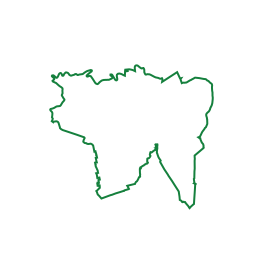 Mosquera, Cundinamarca, Colombia (orthographic projection), rotated 203°
{"feature_id": "7082276B63365049346428", "entity_name": "Mosquera", "entity_type": "district", "adm_level": 2, "iso_a3": "COL", "parent_name": "Colombia", "parent_adm1": "Cundinamarca", "projection": "orthographic", "projection_center": [-74.234, 4.678], "detail": "fine", "context": "isolated", "style": "outline", "palette": "green", "viewbox_px": 256, "rotation_deg": 203, "n_neighbors": 0, "source": "geoboundaries", "source_scale": "gbopen_adm2", "svg_char_len": 5672}
<svg xmlns="http://www.w3.org/2000/svg" viewBox="0 0 256 256"><g transform="rotate(203 128 128)"><path d="M40.0,78.3L39.4,80.2L38.2,82.7L38.2,82.8L37.6,83.8L44.0,102.1L43.8,102.9L44.1,103.0L44.5,102.8L44.6,103.0L45.7,102.9L45.5,103.5L47.5,106.9L47.3,107.6L49.9,114.1L50.7,116.6L53.8,123.7L54.5,125.8L55.3,127.3L55.9,128.7L50.9,138.6L50.6,139.4L51.1,139.9L51.4,141.0L52.4,142.4L52.7,142.6L54.5,143.5L54.8,143.9L55.3,144.3L56.1,145.1L57.0,145.9L57.4,146.8L57.7,146.9L58.4,146.7L58.8,146.7L59.6,146.9L58.8,147.7L58.6,148.1L58.4,148.6L58.3,149.5L58.2,152.5L58.1,153.6L57.3,156.8L57.2,158.0L56.6,159.2L56.6,160.0L56.6,162.6L56.8,163.2L58.5,166.9L58.9,167.2L59.1,167.9L60.6,169.7L61.1,170.5L61.3,171.2L61.3,171.7L61.1,172.5L60.6,173.8L60.2,174.4L59.9,175.6L59.8,177.1L60.0,178.4L59.8,181.5L60.1,183.8L61.3,187.7L61.9,189.2L62.9,190.9L64.1,193.7L65.1,195.2L66.3,197.6L66.7,198.5L67.2,200.1L67.9,201.1L68.5,201.4L70.5,201.9L72.0,202.6L72.3,202.7L73.7,202.7L74.9,203.2L75.6,203.3L77.6,202.7L81.8,201.8L85.8,200.6L86.2,200.3L87.0,199.1L88.1,197.8L88.7,196.9L89.4,196.2L89.6,196.0L91.6,193.2L92.0,192.7L93.8,191.7L94.9,191.3L95.6,190.7L96.0,190.3L98.5,193.1L98.7,193.6L98.5,194.6L99.3,194.0L99.5,194.0L104.6,198.6L114.6,183.8L115.1,185.9L115.6,186.6L116.2,187.1L116.9,186.3L117.7,185.9L119.8,185.9L122.3,185.4L123.5,185.4L127.9,185.8L129.1,185.8L131.2,185.1L132.3,184.2L132.8,184.1L133.5,184.5L134.7,185.6L135.8,188.0L136.5,188.8L136.8,189.0L137.2,189.1L137.3,189.2L137.7,189.0L138.4,188.3L139.0,188.1L140.7,188.4L143.4,189.2L143.8,189.2L144.6,189.0L145.2,188.6L145.6,188.0L145.6,186.8L145.2,185.8L143.7,183.1L146.3,183.2L148.2,182.9L149.8,182.5L151.3,181.7L153.3,180.6L153.1,179.9L150.9,181.2L150.5,180.3L152.8,178.9L151.3,174.9L152.9,174.9L154.6,175.1L156.1,175.0L157.4,174.7L157.8,174.4L158.3,174.1L158.6,173.7L158.8,173.2L159.0,172.7L158.9,172.2L158.6,171.4L157.0,168.9L156.8,168.2L157.0,167.6L157.3,167.3L157.8,167.2L158.4,167.3L158.8,167.5L163.4,170.8L164.0,170.9L165.0,170.4L164.9,170.0L164.7,169.6L162.7,169.1L162.4,168.9L162.1,168.4L162.0,167.9L162.3,167.2L164.3,165.0L169.0,162.8L170.2,161.9L170.8,161.3L171.7,159.7L172.2,158.7L172.6,157.4L173.1,156.6L173.6,156.4L174.6,156.4L175.0,156.4L175.9,156.8L179.8,159.5L182.4,161.1L183.4,161.1L183.7,161.0L184.1,160.7L185.1,159.7L185.5,159.5L185.8,159.4L186.3,159.6L186.5,160.0L186.5,160.3L185.5,162.6L183.6,165.9L183.7,166.7L183.9,166.9L184.5,166.9L185.1,166.7L185.5,166.4L187.8,164.5L188.9,163.1L189.7,161.9L190.6,160.2L191.0,159.8L193.7,158.2L194.4,157.5L195.1,157.1L196.0,157.2L196.6,157.4L197.2,157.2L197.7,157.0L198.0,156.3L198.6,155.8L200.9,153.9L201.1,153.9L201.9,153.9L202.7,154.0L203.9,154.8L204.8,155.2L205.5,155.2L206.7,155.0L207.1,154.7L207.8,153.0L207.9,151.2L208.2,150.7L208.5,150.6L208.8,150.5L209.2,150.7L209.7,151.4L210.4,151.9L210.9,152.2L211.4,152.3L211.7,152.2L212.1,151.8L212.5,151.1L212.6,150.2L212.6,148.3L212.7,147.5L213.0,146.6L213.4,146.3L213.9,146.3L216.5,147.2L217.3,147.3L218.3,146.8L218.4,146.4L218.4,146.1L218.1,145.8L215.3,144.8L215.1,144.5L215.0,143.8L215.9,141.9L215.5,141.5L214.9,141.4L211.7,141.3L208.9,140.3L207.3,139.8L205.9,139.6L204.7,139.3L203.8,138.9L203.2,137.7L203.0,136.8L201.8,134.4L201.8,132.6L201.7,132.3L201.6,132.1L198.6,129.9L197.9,129.6L197.6,129.3L197.5,128.7L197.6,128.1L198.3,126.0L198.8,122.5L199.2,121.7L200.1,121.1L201.3,120.5L202.2,119.9L202.6,119.4L203.8,117.7L205.1,116.4L206.6,115.3L206.8,114.8L206.7,114.4L206.2,113.9L204.4,113.1L203.6,112.4L203.2,111.7L202.4,109.3L202.2,108.2L200.9,107.2L200.7,105.8L200.8,104.5L199.1,104.1L199.1,104.6L196.9,106.0L196.2,106.3L194.9,106.2L194.2,105.8L193.7,105.3L191.1,102.2L190.5,101.3L189.1,100.8L187.4,100.6L172.5,101.8L164.7,102.3L164.3,102.1L164.0,101.8L164.1,99.5L163.8,97.9L163.0,97.6L162.5,97.4L162.0,97.3L160.3,97.7L159.7,97.5L158.8,97.6L158.0,97.9L156.2,99.0L155.8,99.0L154.2,98.8L153.5,98.3L153.2,98.2L149.7,93.1L148.9,93.8L148.2,92.7L148.0,92.8L147.1,91.5L147.1,91.4L146.8,91.2L146.7,90.9L146.6,91.0L144.9,88.6L146.0,87.9L144.3,85.4L143.3,84.2L144.4,83.7L144.8,83.3L143.7,82.0L143.9,81.9L142.5,79.8L141.9,79.4L139.7,77.3L139.5,77.2L139.1,76.7L138.8,76.1L138.0,75.0L139.6,73.9L138.5,72.9L136.7,70.0L135.0,71.2L133.8,69.5L134.7,68.9L134.9,68.6L133.6,66.6L134.3,66.1L133.7,65.6L134.5,65.1L134.2,64.7L134.4,64.6L133.4,63.0L132.5,63.7L132.2,63.4L131.8,63.9L131.2,62.9L131.1,63.0L130.6,61.9L132.1,58.3L132.5,57.6L131.7,57.0L129.9,55.0L127.9,54.2L124.9,52.7L117.9,59.3L116.6,60.3L113.9,62.9L110.2,66.0L107.9,68.0L107.1,68.5L107.1,68.9L106.9,69.2L103.5,72.0L103.3,72.3L106.1,74.5L99.7,79.3L99.8,79.8L99.6,81.4L99.0,82.4L98.8,83.2L98.6,85.7L98.7,86.9L98.0,87.5L97.9,88.1L98.4,89.0L98.7,90.1L99.4,91.2L101.0,94.7L100.9,94.8L101.2,95.7L101.1,95.8L100.6,95.7L100.4,95.8L100.4,96.0L100.5,96.1L101.1,96.3L101.2,96.6L101.1,96.8L100.5,97.3L99.8,98.7L98.9,99.6L98.7,100.1L98.4,100.8L98.2,101.1L97.7,101.4L97.3,102.3L96.5,102.7L96.2,103.3L96.2,104.0L97.0,104.4L97.3,104.8L98.2,107.2L98.1,107.6L97.1,108.3L96.9,108.6L96.6,109.3L96.4,110.3L96.4,110.8L96.5,111.2L97.1,111.5L97.5,112.0L97.8,113.7L97.9,114.5L97.7,114.7L96.9,114.6L96.6,114.9L96.3,115.4L95.8,116.5L95.1,117.6L94.5,118.2L94.6,118.9L94.3,119.2L94.5,119.7L94.5,120.6L95.6,122.8L96.3,123.5L96.1,123.8L95.0,124.2L94.6,124.4L94.3,124.0L93.6,121.6L94.3,120.9L93.2,121.0L93.0,120.5L92.6,118.7L91.8,116.6L91.6,116.3L91.1,115.9L90.0,114.6L88.7,113.2L87.7,112.4L85.2,110.8L85.2,109.9L85.2,109.4L85.0,109.2L78.5,104.2L73.0,100.6L72.3,100.0L66.7,96.4L63.4,94.1L56.5,89.4L53.8,85.0L52.2,82.0L50.9,81.9L50.1,81.7L49.2,81.0L48.9,81.0L48.5,81.3L48.1,81.8L47.8,81.9L47.1,81.8L46.4,82.1L45.5,81.4L41.9,79.6L41.3,79.2L40.9,78.8L40.0,78.3Z" fill="none" stroke="#15803d" stroke-width="2"/></g></svg>